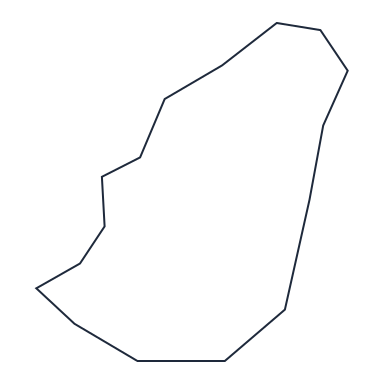 Öckerö, Sweden (Equal Earth projection)
{"feature_id": "70781695B5566617801013", "entity_name": "Öckerö", "entity_type": "district", "adm_level": 2, "iso_a3": "SWE", "parent_name": "Sweden", "parent_adm1": "", "projection": "equal_earth", "projection_center": [11.661, 57.718], "detail": "fine", "context": "isolated", "style": "outline", "palette": "slate", "viewbox_px": 384, "rotation_deg": 0, "n_neighbors": 0, "source": "geoboundaries", "source_scale": "gbopen_adm2", "svg_char_len": 322}
<svg xmlns="http://www.w3.org/2000/svg" viewBox="0 0 384 384"><path d="M347.7,70.7L320.4,30.1L276.7,23.0L222.1,65.4L164.7,99.0L140.1,157.4L101.9,176.8L104.6,226.4L80.0,263.5L36.3,288.3L74.5,323.8L137.4,361.0L224.8,361.0L284.9,309.6L309.5,199.8L323.2,125.5L347.7,70.7Z" fill="none" stroke="#1e293b" stroke-width="2"/></svg>